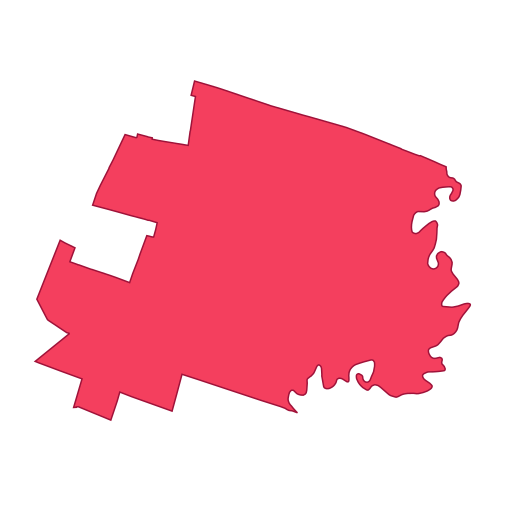 Axintele, Ialomita, Romania (Equal Earth projection), rotated 93°
{"feature_id": "2599482B81845077877895", "entity_name": "Axintele", "entity_type": "district", "adm_level": 2, "iso_a3": "ROU", "parent_name": "Romania", "parent_adm1": "Ialomita", "projection": "equal_earth", "projection_center": [26.784, 44.584], "detail": "fine", "context": "isolated", "style": "filled", "palette": "rose", "viewbox_px": 512, "rotation_deg": 93, "n_neighbors": 0, "source": "geoboundaries", "source_scale": "gbopen_adm2", "svg_char_len": 5879}
<svg xmlns="http://www.w3.org/2000/svg" viewBox="0 0 512 512"><g transform="rotate(93 256 256)"><path d="M416.5,427.5L416.1,427.5L415.8,425.6L427.5,392.4L408.1,387.0L399.0,384.9L402.9,373.1L415.3,331.7L398.3,328.0L378.0,323.7L382.2,308.0L399.9,243.5L405.0,223.9L406.6,218.9L407.5,217.4L408.4,215.3L408.6,214.0L408.7,211.8L410.4,206.4L409.5,207.5L406.3,210.7L403.9,212.8L402.7,214.1L401.0,215.3L399.4,216.0L398.1,216.4L396.4,216.5L392.7,216.0L390.4,215.4L388.9,214.3L388.3,213.7L388.1,212.7L388.2,211.6L388.6,211.1L391.2,208.1L391.9,206.6L392.3,205.0L392.5,203.8L392.5,201.5L391.3,199.6L389.9,198.7L387.3,198.3L380.3,198.2L377.8,198.5L376.7,198.5L375.7,198.0L373.5,195.5L373.0,194.7L370.3,192.4L368.6,191.6L363.1,189.5L362.3,188.9L361.5,188.0L361.5,187.4L361.8,186.7L362.3,186.0L363.1,185.3L364.7,184.7L371.0,184.0L372.4,184.0L381.1,182.0L383.1,181.5L384.1,180.7L384.6,179.5L384.8,178.4L384.7,177.1L384.4,175.9L384.0,175.0L382.9,173.2L381.8,171.9L380.5,170.8L378.8,169.8L377.8,169.4L375.2,168.8L374.5,168.2L373.7,166.7L373.7,165.7L373.8,164.7L374.2,163.3L376.8,158.7L376.9,157.9L376.7,157.2L376.3,156.9L375.0,156.7L372.2,156.9L370.7,157.1L367.6,157.0L365.8,156.5L364.7,156.1L363.5,155.4L361.7,154.0L360.3,152.5L359.2,150.8L357.6,146.9L356.0,142.6L354.1,136.7L353.7,135.4L353.8,134.4L354.1,133.5L355.7,132.2L357.5,131.9L359.9,131.8L365.3,132.5L367.1,133.1L370.4,134.4L373.8,135.5L374.7,136.0L375.4,136.7L375.9,137.4L376.2,138.2L376.2,139.5L376.0,140.2L375.5,141.1L374.6,142.0L373.1,142.8L370.5,143.3L369.5,144.2L368.3,146.7L368.2,147.8L369.0,149.0L369.5,149.3L370.4,149.5L371.8,149.4L373.3,149.1L376.7,147.3L378.8,145.7L380.3,144.2L381.8,142.4L383.9,138.6L384.1,137.4L383.9,136.8L382.5,135.4L380.7,134.3L379.4,133.1L378.3,130.6L378.5,129.4L378.8,127.9L379.1,127.0L379.7,126.1L380.6,124.7L386.5,117.2L387.6,115.7L388.3,114.3L388.6,113.3L389.5,109.6L389.6,108.7L389.5,108.1L388.8,106.5L387.2,103.8L386.7,102.8L386.1,101.2L385.7,99.5L385.3,97.4L385.0,93.4L384.9,91.2L385.1,88.5L385.0,87.0L384.7,85.8L383.6,82.0L382.0,78.2L381.1,76.7L379.6,74.7L378.7,73.9L377.6,73.4L376.6,73.3L375.7,73.9L374.0,75.8L371.4,80.1L370.1,81.8L368.3,83.1L366.8,83.4L366.0,83.3L365.6,83.0L364.8,82.3L363.6,80.1L362.9,78.6L362.7,77.5L362.4,73.1L362.1,70.5L361.7,67.5L361.0,63.6L360.6,61.9L360.3,61.6L359.9,61.3L359.3,61.2L358.7,61.2L356.5,62.2L355.0,63.6L354.6,64.1L354.1,64.6L353.5,64.8L352.4,65.0L350.0,64.6L349.1,64.8L348.4,65.2L348.0,66.0L347.6,67.1L348.7,70.9L348.9,72.3L348.9,73.0L348.8,73.7L348.2,75.2L347.2,76.4L346.1,77.2L344.8,78.0L343.4,78.6L342.3,78.8L341.5,78.9L340.3,78.7L339.8,78.3L338.9,77.4L338.4,76.6L336.4,71.7L335.3,70.0L334.8,69.5L332.0,67.2L328.3,64.6L326.3,61.9L325.4,60.2L324.8,56.9L324.1,55.5L323.1,54.2L322.7,53.8L321.1,52.5L319.3,51.5L317.3,50.9L312.5,50.2L311.3,49.9L308.0,48.5L304.4,46.4L298.4,42.1L295.7,40.3L294.9,39.8L293.7,39.4L293.1,39.5L292.6,40.0L292.5,40.4L292.3,41.2L292.3,42.5L292.5,43.7L293.0,45.7L295.4,51.5L296.1,54.2L296.8,56.9L296.9,58.2L296.6,66.6L296.3,67.4L295.7,67.9L294.3,68.1L292.8,68.0L292.0,67.7L290.0,66.6L287.2,64.7L285.3,63.2L281.0,59.1L276.4,53.9L275.6,53.1L274.6,52.6L273.0,52.0L272.3,52.0L271.1,52.3L269.4,53.3L268.4,54.0L263.7,58.3L261.2,59.9L260.2,60.3L259.1,60.4L257.8,60.3L254.2,59.8L252.2,59.8L251.4,60.1L249.3,61.0L248.0,62.0L247.0,63.1L246.5,63.9L245.4,65.4L243.3,67.0L242.9,67.6L242.5,68.4L242.2,69.4L242.0,70.5L242.0,71.2L242.3,72.1L243.3,73.6L244.0,74.5L244.8,75.0L246.6,75.8L248.7,75.6L253.3,73.5L254.6,73.4L256.3,73.7L256.9,73.9L257.9,74.7L258.9,75.8L259.4,77.0L259.7,78.1L259.5,79.3L259.1,80.6L258.8,81.1L257.6,82.5L256.2,83.5L254.9,84.1L254.4,84.2L250.4,84.0L248.1,83.5L245.4,82.5L241.0,79.7L238.8,78.6L237.8,78.3L234.4,77.5L229.8,76.7L223.6,76.6L218.6,76.7L215.6,76.3L214.7,76.5L213.2,77.2L212.0,78.2L211.7,78.6L211.6,78.9L211.9,80.7L212.5,82.1L213.2,83.1L214.5,85.0L216.9,87.7L219.6,90.6L222.0,92.9L223.8,94.4L224.7,95.9L225.2,97.1L225.3,97.6L225.1,98.9L224.9,99.7L224.4,100.7L223.7,101.4L221.5,102.0L219.2,102.3L216.3,102.3L213.5,102.0L207.1,100.7L205.6,99.8L204.9,99.2L204.2,98.5L203.7,97.8L203.3,97.1L203.1,96.5L203.0,90.4L202.3,87.6L201.1,85.4L200.6,84.8L199.0,82.2L198.0,79.3L197.5,78.6L196.4,76.8L195.5,76.2L194.6,75.9L193.7,75.9L192.3,76.1L191.3,76.6L189.8,77.5L187.3,79.9L186.3,80.5L184.7,80.9L182.9,80.8L181.8,80.4L180.6,79.6L179.3,78.1L178.4,76.6L177.6,73.3L176.9,68.4L176.7,65.9L176.7,65.1L176.9,64.4L177.2,63.9L178.1,63.1L178.8,62.8L179.4,62.7L180.5,62.8L183.2,64.0L185.1,65.1L186.3,65.5L187.1,65.6L188.4,65.5L189.4,65.1L190.2,64.5L190.4,64.1L190.7,63.1L190.8,61.7L190.6,61.1L190.3,60.2L189.8,59.4L188.3,57.9L186.8,56.7L185.7,56.2L183.9,55.6L179.5,55.0L175.9,54.8L174.8,54.9L174.1,55.3L173.3,55.9L172.7,56.8L171.4,59.8L170.1,60.9L168.9,61.7L168.1,62.8L167.8,63.7L167.7,65.1L167.5,66.5L167.2,67.2L166.6,68.0L166.2,68.4L164.8,69.4L163.8,69.7L161.8,69.9L159.3,70.6L157.0,70.8L154.8,76.9L152.5,82.7L147.2,97.1L147.3,97.4L147.4,98.2L146.2,102.5L141.7,116.4L141.3,116.7L128.8,153.6L122.9,172.6L114.2,210.2L112.8,216.7L105.2,249.2L91.1,299.4L89.8,304.3L84.5,326.5L98.9,329.2L99.9,324.8L134.4,328.1L134.9,328.3L149.1,329.5L146.5,353.0L145.7,359.8L144.8,365.8L143.4,365.8L142.8,369.9L142.5,370.7L140.4,380.6L143.5,381.1L143.9,381.4L144.1,381.8L144.0,382.6L141.6,393.1L167.7,403.8L175.4,407.3L176.4,407.5L193.5,415.1L201.8,418.5L213.8,421.8L217.1,406.0L219.6,394.6L222.1,383.5L225.2,368.5L226.0,365.6L225.9,364.6L227.9,356.6L228.0,356.4L235.1,357.6L242.4,359.2L242.4,360.8L241.8,363.6L241.4,366.1L260.1,371.9L265.5,373.4L280.0,378.2L289.2,380.8L284.8,394.7L283.1,400.5L278.0,419.2L277.9,420.0L274.3,431.9L274.1,432.8L274.1,433.5L273.8,433.9L271.5,441.6L257.3,437.2L252.9,447.6L250.5,452.4L310.6,472.6L327.3,462.8L330.3,461.0L330.7,460.6L331.2,459.9L342.5,440.9L342.9,438.7L343.5,438.5L372.8,471.0L374.0,467.6L377.9,455.2L381.1,445.1L387.8,423.3L416.8,430.2L416.5,427.5Z" fill="#f43f5e" stroke="#9f1239" stroke-width="1.5"/></g></svg>